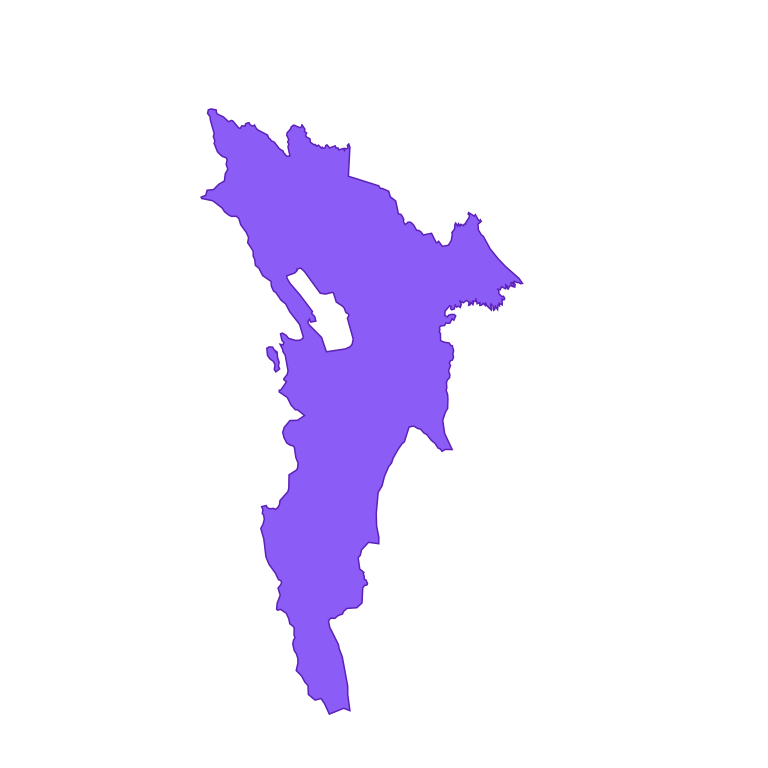 Tapanuli Selatan, Sumatera Utara, Indonesia, rotated 166°
{"feature_id": "22746128B22210082667393", "entity_name": "Tapanuli Selatan", "entity_type": "district", "adm_level": 2, "iso_a3": "IDN", "parent_name": "Indonesia", "parent_adm1": "Sumatera Utara", "projection": "equal_earth", "projection_center": [99.254, 1.551], "detail": "fine", "context": "isolated", "style": "filled", "palette": "violet", "viewbox_px": 768, "rotation_deg": 166, "n_neighbors": 0, "source": "geoboundaries", "source_scale": "gbopen_adm2", "svg_char_len": 6140}
<svg xmlns="http://www.w3.org/2000/svg" viewBox="0 0 768 768"><g transform="rotate(166 384 384)"><path d="M496.1,75.3L494.3,91.6L492.3,99.6L490.5,129.3L491.5,137.7L491.3,142.4L495.5,161.1L495.2,167.4L492.6,169.7L488.5,168.5L484.3,170.5L480.0,170.8L478.1,173.2L474.2,175.2L464.4,173.5L458.3,176.9L454.0,191.2L451.8,193.2L449.2,193.1L448.3,194.3L448.8,198.0L450.4,199.5L449.7,202.1L450.0,205.3L449.1,206.1L452.3,210.3L451.1,221.6L448.5,223.5L445.9,228.5L437.3,234.1L427.7,230.3L426.1,236.6L425.5,248.1L422.8,260.4L415.9,280.2L410.5,285.7L405.9,294.3L399.3,302.9L395.8,305.5L393.2,309.7L386.4,316.9L381.0,321.6L378.2,323.0L370.0,336.3L365.2,335.9L362.0,332.6L359.4,331.4L357.2,326.9L354.7,324.6L351.8,318.0L348.8,313.9L347.0,308.7L345.0,307.2L344.0,304.6L340.4,305.7L333.7,303.9L337.1,321.3L335.8,334.6L331.0,342.1L328.2,344.8L325.6,354.0L324.8,358.6L325.2,362.9L324.0,365.0L323.1,370.2L321.6,372.5L318.9,374.2L317.8,377.2L318.2,381.1L315.0,385.9L315.6,388.5L313.8,390.5L311.8,390.7L310.0,393.2L309.9,396.6L308.4,399.3L308.5,404.6L310.0,405.4L310.8,408.0L315.7,410.1L318.6,412.4L317.0,419.5L317.9,421.1L316.8,422.6L316.4,425.5L315.1,426.6L311.1,426.1L309.4,428.2L305.5,427.0L302.1,430.8L300.8,429.0L297.9,432.8L299.0,434.4L301.6,435.2L304.5,435.2L306.3,433.7L308.4,435.9L307.1,439.9L301.4,444.0L300.2,443.2L301.2,440.9L300.3,439.6L297.7,439.8L295.8,443.3L294.9,441.1L292.6,441.4L291.5,439.8L289.7,442.6L290.2,446.0L287.3,443.6L283.9,445.2L281.7,442.8L282.8,439.9L281.2,440.1L280.0,442.1L278.5,439.5L277.7,440.9L277.8,443.0L275.8,442.0L274.3,443.9L274.2,439.3L271.3,439.8L272.0,437.1L270.4,436.8L268.4,438.2L266.8,435.8L266.0,438.6L265.2,435.0L261.9,429.7L261.2,431.2L261.6,434.0L260.7,435.7L259.3,432.5L259.7,429.0L258.7,429.4L257.1,432.4L255.8,428.8L254.4,432.9L253.0,431.9L252.9,434.4L250.1,432.2L248.9,437.8L247.3,436.6L246.2,437.6L246.8,440.2L248.6,440.5L250.7,444.0L250.1,446.3L250.5,448.4L248.5,447.3L246.4,449.9L243.2,447.1L242.2,448.5L241.9,450.6L240.7,448.8L241.3,446.6L240.5,446.1L238.5,448.6L236.4,448.4L236.6,451.2L235.5,451.6L234.4,449.9L235.6,447.5L233.7,446.4L232.7,448.7L233.7,451.6L232.7,452.2L230.4,450.2L228.4,449.8L227.4,448.3L225.3,448.1L227.5,453.9L237.6,468.5L242.8,477.6L248.3,489.4L251.9,503.3L253.5,505.2L255.1,510.7L254.2,516.3L250.3,518.2L250.8,520.0L251.7,519.2L252.7,520.1L254.4,526.2L255.8,525.1L260.4,529.8L261.3,528.6L260.3,527.6L261.0,525.1L265.8,520.6L266.1,519.4L267.3,519.8L268.6,518.5L270.8,520.4L272.1,519.0L272.9,521.5L274.4,519.5L275.5,522.8L276.6,521.7L278.0,517.3L281.6,514.4L281.4,513.0L284.0,507.0L287.9,503.1L294.0,503.4L296.5,509.3L298.5,508.2L299.3,509.0L301.4,518.7L309.9,519.1L311.3,522.6L313.2,524.7L315.2,525.2L316.7,530.9L318.9,534.5L321.4,535.2L324.9,533.6L325.9,536.8L325.0,539.0L325.7,542.3L326.6,544.5L328.8,545.7L328.4,558.8L332.6,564.1L332.8,569.9L338.4,574.2L340.2,574.6L341.2,577.6L368.3,594.2L359.8,622.0L360.1,625.4L361.8,624.4L361.7,621.8L363.4,621.3L365.0,622.1L365.9,620.3L366.6,622.4L371.3,622.1L371.5,624.2L373.4,624.6L373.8,626.9L379.7,626.2L381.3,629.7L382.9,629.5L383.9,627.4L385.7,627.2L386.6,628.7L387.7,628.2L389.8,631.6L392.0,631.0L392.7,633.0L394.1,633.1L396.9,636.3L396.5,639.7L399.7,642.7L399.9,644.1L398.3,646.3L400.1,648.2L399.1,650.4L401.1,655.8L401.4,653.5L403.8,653.2L408.9,657.1L411.7,656.0L413.3,653.8L417.2,651.2L418.2,648.8L417.3,644.2L419.0,642.1L418.3,639.9L419.8,637.4L420.1,628.0L423.2,628.4L425.3,632.3L425.6,634.5L428.7,637.7L431.9,645.2L434.7,647.4L435.0,649.0L436.2,650.2L436.8,653.8L444.8,660.9L446.2,663.2L447.0,666.6L449.1,665.9L451.3,668.1L451.7,670.2L452.9,670.4L455.4,669.9L456.3,667.9L459.5,668.9L461.5,666.9L463.0,667.5L467.1,675.9L468.1,676.6L471.4,676.2L475.2,682.0L480.2,686.1L480.9,687.8L480.5,690.5L485.1,692.7L488.1,692.6L489.7,689.3L488.1,685.4L488.6,682.1L488.2,667.9L489.7,665.6L489.3,660.8L490.6,658.7L489.4,649.5L486.3,644.4L482.1,641.3L482.2,639.0L484.0,635.5L483.6,630.1L487.1,626.5L489.8,619.6L495.9,617.8L502.4,613.9L508.8,614.8L511.2,610.3L516.3,609.5L516.0,608.1L505.9,603.3L498.5,594.0L497.0,589.6L493.3,585.0L491.3,583.5L486.8,582.5L484.8,579.7L484.5,573.2L480.9,564.3L480.0,558.7L482.1,554.1L478.8,544.6L480.0,539.7L479.3,536.1L480.1,530.2L477.4,526.7L475.5,518.5L468.8,510.9L469.6,506.2L468.7,501.0L466.8,498.8L463.6,490.2L460.0,485.4L458.0,477.0L451.5,462.3L450.9,449.5L451.5,448.1L454.6,446.8L459.1,447.6L465.6,451.4L467.2,454.9L470.3,458.0L472.3,457.7L472.5,451.1L471.1,448.5L472.6,446.3L475.2,447.7L474.0,442.2L474.2,439.8L472.9,435.9L473.9,420.1L475.6,416.7L479.9,413.4L480.1,412.3L478.1,409.7L485.5,403.2L487.2,403.3L487.6,401.6L481.1,394.4L479.2,385.8L476.3,380.5L474.0,379.7L468.7,372.6L476.8,369.7L484.1,371.3L491.2,366.1L494.0,361.6L494.0,356.1L492.6,350.3L489.9,347.4L487.2,345.9L486.3,344.2L487.3,334.0L486.5,328.2L488.1,323.5L489.7,321.7L498.1,318.9L501.6,305.9L503.3,302.8L513.1,296.1L514.6,292.3L516.8,289.9L519.7,288.6L521.2,290.0L525.5,290.7L527.2,292.6L527.7,294.6L532.4,294.6L531.9,291.3L533.4,287.9L532.5,285.7L532.9,281.6L535.4,277.1L538.5,273.6L538.1,262.7L540.4,244.7L539.1,236.5L535.1,226.7L533.7,219.6L531.7,218.3L531.4,216.4L532.4,214.5L536.2,211.6L535.8,204.2L540.6,197.3L542.7,191.5L542.0,190.3L538.9,190.3L534.3,185.2L533.2,179.3L533.4,174.1L530.7,170.8L530.2,168.9L532.0,162.4L531.8,159.2L533.7,157.5L535.4,153.9L535.6,147.3L534.2,143.0L534.0,138.1L535.1,133.9L538.5,127.2L534.6,120.6L532.9,113.9L530.7,109.8L532.5,101.0L527.4,94.0L521.2,94.0L519.0,88.2L516.9,76.9L501.6,79.1L496.1,75.3ZM413.0,427.4L432.1,429.2L433.3,444.3L442.4,459.6L442.9,462.8L440.7,464.9L440.2,461.8L434.9,461.5L434.9,466.1L437.1,470.0L435.9,471.7L444.3,491.4L451.0,504.7L452.5,510.2L452.2,512.4L443.5,513.4L440.8,515.1L440.9,516.5L436.8,516.6L434.0,512.4L423.9,487.5L418.9,485.4L411.9,485.4L411.0,484.3L410.5,475.1L405.4,469.5L404.3,467.5L403.7,462.5L401.6,460.6L401.4,459.0L403.6,456.8L403.0,435.1L405.2,430.5L407.4,428.5L413.0,427.4ZM486.0,421.9L481.6,423.9L482.1,427.0L480.5,430.4L480.9,435.9L480.0,440.1L481.2,441.2L480.4,441.3L482.5,444.1L483.1,446.7L486.5,447.8L489.1,447.0L490.1,439.9L488.7,436.1L485.8,432.6L485.1,429.0L487.0,424.5L486.0,421.9Z" fill="#8b5cf6" stroke="#5b21b6" stroke-width="1.5"/></g></svg>